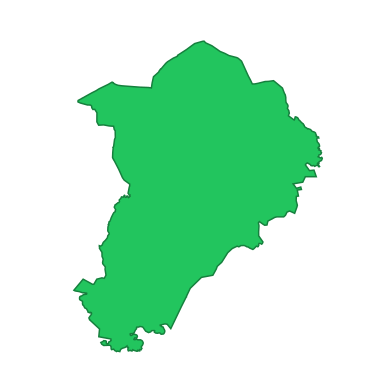 outline of Šķeltovas pag., Aglonas, Latvia, rotated 169°
{"feature_id": "27541924B92789434462497", "entity_name": "Šķeltovas pag.", "entity_type": "district", "adm_level": 2, "iso_a3": "LVA", "parent_name": "Latvia", "parent_adm1": "Aglonas", "projection": "orthographic", "projection_center": [27.046, 56.047], "detail": "fine", "context": "isolated", "style": "filled", "palette": "green", "viewbox_px": 384, "rotation_deg": 169, "n_neighbors": 0, "source": "geoboundaries", "source_scale": "gbopen_adm2", "svg_char_len": 5871}
<svg xmlns="http://www.w3.org/2000/svg" viewBox="0 0 384 384"><g transform="rotate(169 192 192)"><path d="M310.2,61.7L309.6,59.8L308.0,58.2L302.2,57.3L301.4,56.8L301.2,56.4L301.0,55.4L301.3,53.4L301.0,52.6L298.9,52.7L298.0,51.0L297.6,50.9L296.6,49.8L295.6,50.1L293.3,49.1L292.5,50.5L291.6,51.4L290.0,51.9L287.3,52.2L285.3,53.2L285.4,52.6L285.3,52.2L284.4,51.9L284.2,51.5L284.5,51.3L284.3,51.0L284.9,50.2L285.0,49.1L284.9,48.3L284.6,48.1L282.9,48.4L282.1,47.7L281.2,47.4L281.0,47.9L280.2,48.5L279.7,47.9L276.5,46.2L275.6,46.2L275.4,46.4L275.6,46.7L275.3,47.0L275.1,46.5L274.0,46.1L274.1,46.6L273.3,47.3L273.1,47.1L273.1,46.8L272.2,46.7L271.0,48.1L271.4,48.6L271.2,49.9L269.9,51.0L268.9,52.5L268.7,53.5L269.1,55.1L269.7,55.9L270.7,56.7L273.3,57.2L274.6,58.1L276.2,57.9L277.1,58.2L277.2,58.5L275.9,59.8L274.2,59.2L273.2,60.5L273.2,61.3L273.6,62.2L275.6,63.4L276.7,63.6L278.8,62.7L279.6,62.9L279.9,63.6L279.8,64.5L279.2,64.7L277.9,64.4L276.6,64.4L275.4,65.2L274.0,67.2L272.5,68.4L272.3,69.6L272.0,69.9L269.9,69.6L268.9,70.0L266.3,69.0L265.6,67.9L264.9,66.1L264.0,64.2L261.5,62.3L259.2,62.6L258.1,63.6L255.4,63.2L255.1,62.9L255.7,61.6L254.6,60.5L252.7,59.9L251.2,60.0L250.5,59.8L249.8,58.6L249.1,58.2L247.0,58.1L246.1,58.9L245.4,60.0L245.2,61.2L245.5,62.6L245.9,63.4L246.0,64.8L247.3,65.6L247.8,66.5L248.6,66.8L248.6,67.4L243.7,67.7L241.6,66.9L238.9,61.9L224.4,81.4L218.0,89.7L217.4,90.1L217.4,90.6L212.1,97.8L199.0,106.4L187.4,106.3L182.9,111.7L181.4,114.2L176.3,117.3L168.5,125.6L163.3,128.8L158.1,130.2L156.6,129.3L155.6,129.4L154.6,130.1L151.2,129.6L149.9,128.9L148.7,127.8L147.4,127.3L146.0,125.9L143.2,124.0L141.9,124.6L139.2,126.5L138.9,126.5L138.2,125.8L137.5,125.8L136.6,127.0L136.6,127.9L136.0,128.7L134.6,128.4L133.6,127.5L133.0,127.8L132.4,128.5L131.9,129.4L134.9,136.2L134.2,140.2L132.7,146.1L132.7,149.1L131.5,150.1L128.5,146.9L127.0,145.5L124.7,145.3L123.1,148.9L122.9,149.0L115.5,151.3L113.5,151.4L106.7,150.1L104.7,151.3L102.6,154.1L101.8,154.3L99.8,154.7L95.3,151.5L92.0,157.0L91.1,158.9L91.4,163.7L90.4,167.8L88.3,167.7L88.3,173.8L84.1,173.6L84.3,176.1L88.8,175.7L91.2,180.7L81.4,180.5L77.8,185.4L67.1,183.3L68.1,190.2L72.6,190.6L75.5,196.9L75.2,197.5L73.3,198.6L71.1,196.8L70.6,196.3L70.2,195.3L69.9,195.1L68.6,194.7L67.4,194.8L66.7,193.8L64.6,194.4L63.3,194.1L62.9,193.9L63.0,192.8L62.3,192.5L61.9,192.7L62.6,194.2L62.8,195.1L63.4,196.0L62.8,196.5L61.9,195.9L61.8,196.2L61.9,196.9L61.8,197.2L60.2,197.9L58.9,198.2L57.7,200.0L57.9,201.1L58.1,201.3L59.5,200.9L60.0,201.3L60.6,202.2L61.4,202.3L61.5,202.6L60.7,203.2L60.2,204.2L59.0,204.2L58.5,204.5L58.0,204.9L57.4,205.9L57.8,206.3L57.8,206.8L57.5,207.8L59.4,209.1L58.6,209.7L58.7,210.6L59.0,210.8L59.7,210.6L60.0,211.1L59.2,212.1L58.1,212.5L58.0,213.1L58.0,213.9L58.3,215.4L59.4,217.2L59.5,219.6L59.0,220.9L58.6,221.2L57.3,220.8L57.3,221.9L58.6,222.3L59.4,223.3L59.0,223.9L59.4,224.9L59.5,226.4L60.3,227.4L62.7,228.8L63.2,229.9L63.9,230.8L65.9,232.0L66.5,231.9L66.9,232.6L68.7,234.2L69.0,234.8L69.2,235.7L69.1,236.1L69.7,236.8L69.8,237.7L70.9,238.8L71.1,239.3L71.8,240.1L72.6,241.6L73.3,242.3L73.8,244.1L74.3,244.9L75.8,246.0L76.5,245.9L77.2,244.1L78.0,243.2L82.8,248.4L82.2,249.7L81.5,250.6L81.6,251.2L81.4,251.4L81.5,253.0L81.4,253.2L82.4,255.8L81.3,258.1L81.5,259.6L82.6,261.9L82.4,264.3L81.9,266.9L81.9,269.5L82.5,271.4L83.4,276.8L90.7,285.7L95.8,286.0L99.2,286.5L106.3,286.1L109.8,286.1L112.2,286.6L113.3,290.9L114.6,295.1L118.4,311.0L121.1,314.4L122.4,315.4L129.7,318.9L133.2,321.7L137.6,324.6L144.6,331.8L150.1,335.8L151.4,337.8L153.0,337.9L161.1,337.2L170.9,332.6L180.1,328.9L180.4,328.0L184.8,327.0L191.2,324.5L193.2,323.3L199.2,318.5L199.4,318.7L201.2,317.0L201.8,316.1L207.8,312.5L210.3,306.7L212.0,301.9L214.9,302.9L223.0,304.8L240.5,309.6L244.3,310.9L246.5,312.2L248.4,313.8L249.0,314.5L248.8,314.6L249.5,315.1L253.8,313.6L263.6,311.0L266.9,309.7L271.2,308.5L286.3,303.6L286.7,302.6L286.7,302.1L284.5,300.6L278.1,297.4L275.0,296.7L274.2,295.6L274.3,293.8L273.5,291.9L271.7,291.7L270.2,287.9L272.0,279.0L270.9,275.4L265.9,274.7L260.6,272.6L256.4,271.5L256.4,268.1L255.7,266.9L256.9,260.0L258.0,258.4L260.2,251.8L261.1,250.8L260.9,250.6L262.3,245.7L263.4,241.0L263.1,239.6L262.8,238.7L262.7,238.8L259.6,228.3L257.5,219.3L256.3,216.6L251.6,211.6L251.9,210.8L251.9,209.9L252.6,208.9L255.0,203.0L254.0,200.8L253.6,200.8L253.7,200.6L253.6,200.2L253.6,199.6L255.3,198.6L255.8,199.1L255.8,200.1L256.0,200.3L256.8,200.4L257.6,199.4L258.1,199.4L258.6,199.7L258.9,200.1L258.6,201.4L259.0,201.7L259.4,201.4L260.0,200.3L260.4,200.0L260.9,200.1L261.6,200.6L262.2,200.6L263.3,199.0L264.7,198.4L265.0,197.7L265.0,196.5L265.8,195.6L267.1,195.5L267.8,194.9L268.5,194.8L268.9,194.2L269.9,194.1L270.6,192.8L271.1,192.2L271.2,191.7L270.3,189.4L271.0,188.1L271.0,187.4L272.6,186.7L273.7,185.5L276.1,182.3L277.8,179.4L278.4,178.8L279.1,178.6L279.7,176.9L280.3,176.1L279.9,175.9L280.0,175.5L280.7,174.7L281.2,173.6L282.1,169.9L281.2,167.2L281.5,166.4L282.9,165.3L283.9,163.1L286.1,161.2L288.7,159.5L290.5,156.9L292.1,156.3L293.2,157.0L293.4,156.0L293.3,155.2L293.6,154.4L291.9,149.9L292.6,146.0L292.0,143.0L293.2,140.0L293.3,138.6L291.4,135.0L292.1,132.7L292.3,126.8L294.6,124.0L296.8,124.9L302.1,124.6L305.9,120.2L307.3,120.4L315.5,127.2L326.7,118.1L325.6,117.2L321.6,115.7L318.5,113.9L317.3,113.8L314.7,112.8L314.7,112.3L315.0,111.8L317.9,112.0L320.5,110.9L321.2,111.0L322.0,110.7L322.6,109.6L322.8,108.3L322.7,107.7L322.4,107.4L320.5,105.8L320.4,105.0L320.8,103.4L320.8,102.0L320.1,101.3L319.4,98.7L318.3,97.9L317.8,97.3L317.0,94.9L317.0,93.9L315.6,93.0L315.3,92.9L315.4,93.3L314.7,93.3L313.8,92.8L313.7,92.2L314.1,91.1L317.1,88.3L317.2,87.3L316.7,86.4L316.9,86.1L308.9,75.2L311.1,67.7L299.7,63.2L299.8,61.6L300.4,61.5L300.9,60.9L302.4,60.6L303.0,59.3L303.5,59.1L304.3,59.2L304.9,59.9L304.9,60.4L304.6,61.8L305.2,62.4L307.1,62.9L308.1,62.2L310.2,61.7Z" fill="#22c55e" stroke="#15803d" stroke-width="1.5"/></g></svg>